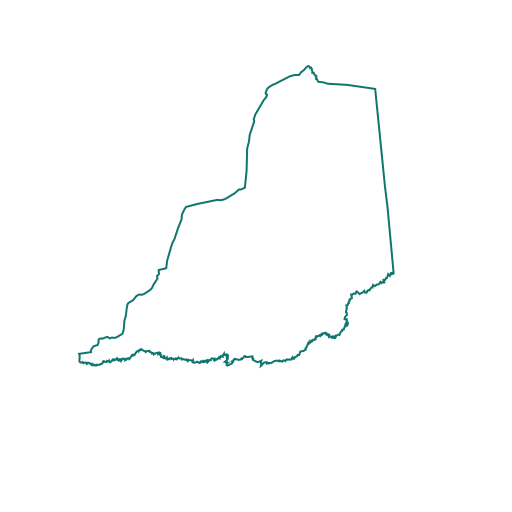 outline of Narok West, Rift Valley, Kenya, rotated 227°
{"feature_id": "3690345B77596051964159", "entity_name": "Narok West", "entity_type": "district", "adm_level": 2, "iso_a3": "KEN", "parent_name": "Kenya", "parent_adm1": "Rift Valley", "projection": "equal_earth", "projection_center": [35.345, -1.322], "detail": "fine", "context": "isolated", "style": "outline", "palette": "teal", "viewbox_px": 512, "rotation_deg": 227, "n_neighbors": 0, "source": "geoboundaries", "source_scale": "gbopen_adm2", "svg_char_len": 6070}
<svg xmlns="http://www.w3.org/2000/svg" viewBox="0 0 512 512"><g transform="rotate(227 256 256)"><path d="M247.0,117.7L245.5,119.2L245.8,121.5L245.4,120.5L244.7,120.2L245.1,119.3L244.4,118.7L242.5,120.2L242.6,121.6L240.8,120.4L240.5,120.6L240.4,121.5L239.5,122.4L240.2,122.9L239.1,124.5L238.2,124.2L237.6,125.3L236.6,125.1L236.8,125.5L235.2,127.1L235.7,127.6L235.0,128.2L234.5,128.0L234.7,130.0L233.4,130.0L232.1,131.7L230.8,131.2L229.9,132.8L228.2,133.5L227.9,134.5L227.1,134.3L226.6,135.3L225.7,134.6L225.5,136.1L224.5,137.0L223.0,137.9L222.4,137.6L222.8,138.9L220.7,137.7L219.6,138.4L218.8,140.9L217.5,141.2L217.1,140.6L217.2,141.6L216.3,141.7L216.0,142.4L216.6,143.8L215.8,144.7L215.2,145.0L214.8,144.5L214.2,145.2L215.0,145.8L214.0,146.2L214.3,146.7L213.5,147.0L213.6,148.5L213.3,149.1L212.4,148.4L211.8,148.6L211.2,146.7L211.5,150.2L211.9,150.7L210.7,151.8L211.2,152.1L211.4,153.5L210.7,154.5L209.6,155.0L209.1,154.6L209.0,155.6L207.7,154.7L207.6,156.5L207.1,156.5L207.0,158.2L206.1,159.3L207.0,159.3L207.3,160.3L206.4,160.7L206.6,161.6L206.2,161.4L206.0,162.2L205.1,162.9L205.8,163.2L206.3,165.7L205.4,164.8L204.6,166.3L203.4,166.3L203.3,166.9L204.0,167.4L203.1,167.9L202.0,167.0L202.3,166.5L201.9,165.9L201.6,166.8L200.1,165.2L200.3,164.5L199.7,164.2L199.8,161.7L199.1,162.6L198.7,162.4L199.0,161.3L198.4,161.4L197.4,162.4L197.5,161.7L196.5,160.2L195.3,160.4L193.8,165.0L194.5,166.3L195.3,166.5L194.9,167.5L194.4,166.7L194.1,167.1L195.3,168.6L195.5,169.9L194.9,170.7L194.4,170.5L193.5,171.6L192.0,172.3L190.6,174.3L191.0,175.4L190.1,175.7L190.6,179.3L190.0,179.9L188.8,179.7L185.0,184.9L184.1,184.0L183.0,184.1L182.9,183.2L182.1,182.9L177.7,184.5L176.8,185.6L175.8,188.4L175.1,187.0L173.1,185.9L172.3,184.7L172.2,186.1L172.8,188.4L171.7,190.8L170.5,191.6L169.9,190.7L169.3,192.0L168.6,192.1L168.4,193.2L167.4,194.1L166.6,197.8L165.0,200.3L163.7,200.7L163.5,201.9L162.6,201.7L161.9,202.9L160.9,203.1L160.8,205.2L159.1,205.8L159.5,207.2L159.3,208.2L158.2,208.6L157.9,209.6L156.3,210.9L157.0,213.4L155.8,212.8L155.0,213.5L155.1,214.3L155.9,214.3L154.7,217.6L155.3,219.0L154.1,220.0L155.9,223.3L154.0,226.2L154.1,227.8L153.6,228.4L154.8,229.6L154.6,230.6L155.7,232.1L156.0,234.2L156.5,234.2L156.9,235.2L156.0,235.2L156.3,236.0L155.7,236.6L156.0,237.1L155.5,238.2L156.1,238.2L155.8,238.4L156.2,238.9L155.5,239.7L155.8,240.5L155.1,241.1L155.3,241.8L154.4,242.8L156.0,244.2L156.3,245.1L155.6,245.1L155.6,245.8L155.3,245.7L154.6,248.8L154.2,248.2L153.6,248.3L153.7,249.3L153.3,250.4L154.1,251.7L153.6,252.2L153.2,251.5L153.5,252.6L152.7,254.3L151.9,254.7L151.4,253.8L150.0,254.1L149.9,255.3L149.0,255.6L149.3,254.6L148.7,254.8L147.1,254.2L147.2,254.9L146.6,254.7L146.1,255.7L145.1,255.9L145.2,256.9L144.3,257.9L143.9,257.9L143.8,256.4L143.4,256.8L143.5,257.4L142.3,257.4L142.0,258.4L143.2,259.2L143.4,260.0L142.8,260.2L142.6,261.9L142.0,263.0L141.3,263.3L142.6,265.9L142.8,267.4L142.5,267.9L143.2,268.5L143.2,269.1L142.4,270.0L143.6,272.1L143.5,273.2L144.3,273.9L143.1,274.7L143.0,275.1L143.8,275.2L143.5,276.2L144.0,277.3L144.6,277.5L144.5,276.8L145.3,275.6L146.2,277.9L147.9,279.2L148.3,278.3L149.5,277.7L150.6,279.3L150.9,282.3L152.3,283.5L153.3,283.4L154.3,284.2L155.0,285.9L156.1,286.5L156.6,287.6L158.3,288.3L157.7,290.1L158.4,290.8L158.3,292.0L159.3,292.5L159.4,294.3L160.4,294.7L159.8,297.5L162.9,299.3L162.0,300.0L162.1,301.6L160.5,303.0L161.5,305.0L161.4,305.6L157.5,305.8L156.4,310.1L156.7,311.4L154.6,310.9L153.9,311.7L153.9,312.7L154.6,313.6L154.2,315.2L153.4,315.7L154.1,317.3L154.2,319.3L153.5,319.8L155.0,321.9L152.9,322.4L152.7,324.9L151.5,326.6L152.2,329.3L150.7,329.2L150.7,331.0L149.3,331.3L149.1,331.8L151.6,333.1L150.5,334.2L151.1,336.1L150.6,336.8L152.6,340.3L150.2,340.3L151.5,343.2L151.0,343.9L149.9,343.3L149.4,344.8L202.3,385.7L219.0,397.8L296.9,457.1L319.1,439.3L333.0,426.0L337.0,423.7L340.9,420.4L343.6,421.1L344.6,420.7L345.5,422.1L346.3,421.9L346.7,422.9L349.2,422.4L350.5,423.1L351.6,422.1L352.4,423.2L353.8,423.4L354.5,424.4L356.2,424.7L356.5,423.8L357.2,424.3L359.2,423.9L359.7,422.0L359.3,417.5L359.7,414.3L359.0,411.4L359.3,410.6L361.9,407.9L364.4,403.1L369.2,386.2L369.7,385.6L370.7,380.2L370.6,378.1L368.7,374.2L367.7,373.7L366.4,374.0L365.9,373.4L365.2,371.6L364.7,368.0L359.9,351.8L357.4,347.4L356.1,346.9L355.3,345.8L348.8,333.9L344.7,329.2L340.6,322.8L324.7,307.2L313.5,294.4L315.0,290.1L316.3,288.9L316.4,283.3L318.8,272.0L320.8,268.3L323.5,265.9L334.0,248.7L339.6,238.3L338.9,235.4L336.8,230.1L333.5,226.4L329.4,217.7L323.9,207.7L322.7,204.1L320.3,199.7L313.1,187.7L308.3,182.0L312.1,175.3L309.0,172.7L308.7,169.8L306.7,168.6L304.9,161.3L303.6,158.4L303.3,155.6L304.6,148.2L305.5,146.1L307.5,144.3L308.3,141.3L307.5,136.0L308.7,130.3L308.2,128.9L305.7,125.5L301.1,120.1L298.5,115.7L292.4,109.1L290.2,105.4L291.7,98.2L292.9,96.4L294.8,94.8L295.3,93.0L298.3,92.1L300.5,87.0L301.6,86.2L302.3,84.6L302.0,83.6L300.3,82.1L298.9,79.5L300.7,75.7L300.2,72.4L299.3,70.6L298.2,69.8L305.1,59.9L303.0,58.8L299.6,55.1L298.2,54.9L297.0,55.7L296.8,56.8L295.2,56.7L294.8,58.3L293.7,59.1L292.7,58.7L292.8,59.6L292.2,59.5L291.8,61.1L289.6,61.4L289.3,62.0L289.1,61.4L288.0,61.5L287.4,62.0L287.2,63.3L286.4,63.2L286.2,63.9L285.2,64.1L285.1,65.2L284.5,65.2L284.4,66.1L282.9,67.7L283.0,68.6L282.5,69.0L282.3,70.0L282.9,72.0L282.4,71.9L282.0,73.1L282.3,73.2L280.6,74.1L280.9,75.5L279.7,75.9L279.7,76.8L279.2,76.3L278.8,76.8L277.7,76.8L277.9,80.6L277.3,80.4L277.2,81.2L276.7,80.8L276.0,82.0L276.0,84.7L275.4,84.5L275.5,83.7L274.3,85.0L274.3,84.1L274.0,83.9L273.3,84.2L273.1,85.5L272.6,85.3L272.4,86.5L271.3,85.9L271.9,88.6L270.9,89.1L270.3,90.1L269.4,90.0L269.0,89.3L268.5,90.7L268.9,91.9L268.4,92.9L267.0,92.9L268.1,98.0L267.1,98.0L266.5,99.5L267.1,99.9L266.8,100.5L267.5,103.7L267.2,104.7L266.2,104.9L266.9,106.8L266.0,107.2L266.2,108.6L264.0,108.9L261.4,110.3L261.0,110.0L260.9,111.3L259.4,113.3L258.5,112.8L257.8,113.5L256.7,113.4L255.7,114.2L255.3,113.7L254.8,114.6L253.9,115.0L253.6,114.6L253.1,116.9L252.2,118.2L251.2,117.6L251.4,119.5L250.2,119.9L249.4,118.3L248.2,119.0L247.0,117.7Z" fill="none" stroke="#0f766e" stroke-width="2"/></g></svg>